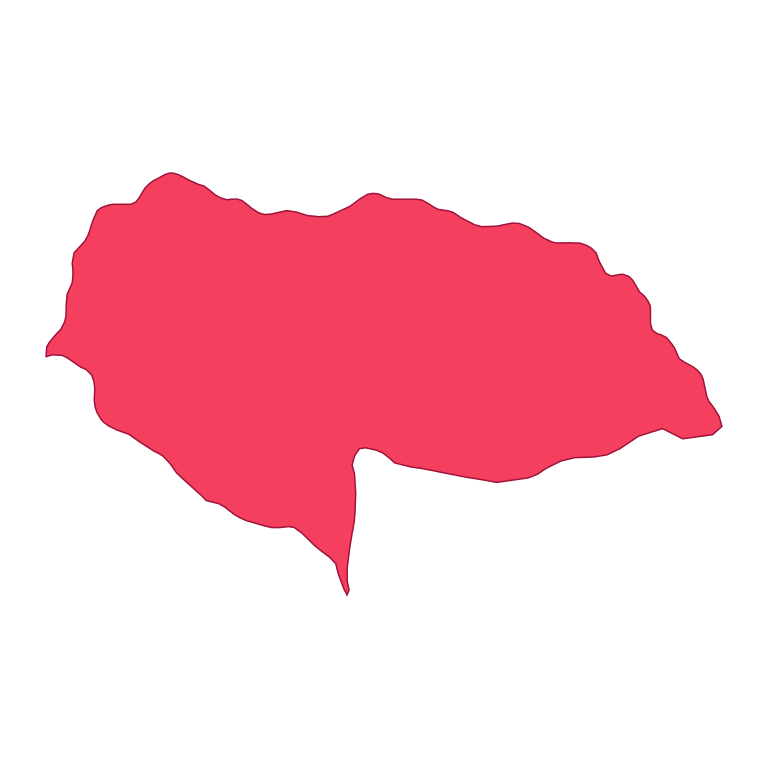 the district of Gosarling, Chirang, Bhutan
{"feature_id": "84629894B38257689875150", "entity_name": "Gosarling", "entity_type": "district", "adm_level": 2, "iso_a3": "BTN", "parent_name": "Bhutan", "parent_adm1": "Chirang", "projection": "albers", "projection_center": [90.121, 27.029], "detail": "fine", "context": "isolated", "style": "filled", "palette": "rose", "viewbox_px": 768, "rotation_deg": 0, "n_neighbors": 0, "source": "geoboundaries", "source_scale": "gbopen_adm2", "svg_char_len": 2609}
<svg xmlns="http://www.w3.org/2000/svg" viewBox="0 0 768 768"><path d="M528.4,227.1L519.0,223.4L512.0,223.1L496.7,226.2L481.9,226.7L474.5,224.7L460.9,217.6L453.2,212.4L448.0,210.8L437.9,209.3L433.3,206.9L428.7,203.8L422.2,200.1L416.1,199.2L392.9,199.2L387.0,197.8L378.5,193.9L373.0,193.4L367.5,194.3L359.8,199.0L350.0,206.3L332.6,214.4L327.7,216.3L318.8,216.7L307.8,215.6L301.1,213.6L296.2,212.0L286.6,210.6L270.5,214.2L264.3,214.5L258.5,212.7L251.8,208.4L248.1,205.3L241.7,200.4L237.4,199.1L231.3,199.2L226.7,199.8L220.0,197.6L215.4,195.0L209.9,190.5L204.1,186.1L197.9,184.2L194.2,182.4L190.2,180.8L183.9,177.3L178.6,174.8L173.5,173.1L169.4,173.1L165.3,174.4L157.2,178.8L153.3,180.8L148.9,184.1L144.6,188.6L138.8,198.4L135.6,202.2L130.9,204.3L125.5,204.3L113.1,204.3L108.8,205.0L101.5,207.5L97.1,210.9L93.0,220.3L91.3,225.3L90.2,229.3L87.8,235.8L84.7,241.3L74.1,252.8L72.2,263.3L72.9,269.5L72.9,276.9L72.1,283.1L67.1,294.5L66.2,305.3L66.0,316.1L64.7,321.7L61.0,329.1L54.9,335.6L49.1,342.7L46.7,347.1L46.1,356.6L52.5,354.8L62.3,355.4L67.2,357.8L80.7,367.1L86.2,369.5L91.7,375.1L93.9,381.3L94.8,389.0L94.2,400.1L95.1,406.9L97.0,412.5L100.7,418.9L103.4,422.0L108.3,425.7L116.9,430.0L128.9,434.3L140.2,442.3L154.3,451.3L158.2,453.1L163.5,456.5L170.4,464.0L176.6,472.9L183.4,479.3L202.3,496.4L206.3,500.6L218.9,503.7L225.1,507.3L233.7,514.1L239.5,517.5L246.3,520.6L265.3,526.1L272.0,527.6L279.0,527.6L288.6,526.6L294.2,527.5L298.5,530.6L301.9,533.1L305.0,536.1L314.4,545.4L321.6,551.3L329.5,557.1L335.8,563.8L337.5,570.7L338.8,575.4L344.2,589.6L347.1,594.9L349.1,589.8L347.2,581.3L347.2,568.1L349.5,549.3L352.0,533.9L354.3,521.4L355.0,511.8L355.7,492.7L354.5,474.2L352.1,464.8L354.7,455.6L359.6,448.6L365.7,447.8L376.0,450.1L382.8,452.9L389.1,457.8L394.7,462.9L402.6,464.9L411.5,467.1L421.4,468.4L449.7,474.0L467.2,477.4L480.1,479.4L484.8,480.2L496.8,482.4L528.2,477.9L537.3,474.3L544.1,469.7L548.0,467.4L561.0,461.0L574.4,457.7L593.5,457.0L606.8,454.9L615.2,450.9L620.2,448.5L638.5,436.2L646.6,433.6L662.6,428.6L682.7,438.8L712.5,434.7L721.9,426.4L719.0,416.1L713.6,407.5L709.0,401.4L706.9,397.0L703.1,379.1L701.1,374.5L697.4,370.2L693.4,367.1L688.9,364.6L683.9,361.9L679.3,358.8L674.3,347.6L671.5,343.6L666.4,337.5L661.5,335.0L656.9,333.5L652.3,330.1L650.5,323.6L650.5,310.4L650.2,305.6L647.5,300.3L644.3,296.1L639.7,292.1L632.6,280.1L628.9,276.4L622.5,274.2L617.9,274.8L611.3,276.1L605.7,273.3L603.6,269.6L599.4,261.8L596.1,252.9L591.4,248.2L586.4,245.3L579.9,243.1L567.4,242.8L562.3,242.9L556.0,243.0L551.8,241.9L543.8,238.2L534.8,231.5L528.4,227.1Z" fill="#f43f5e" stroke="#9f1239" stroke-width="1.5"/></svg>